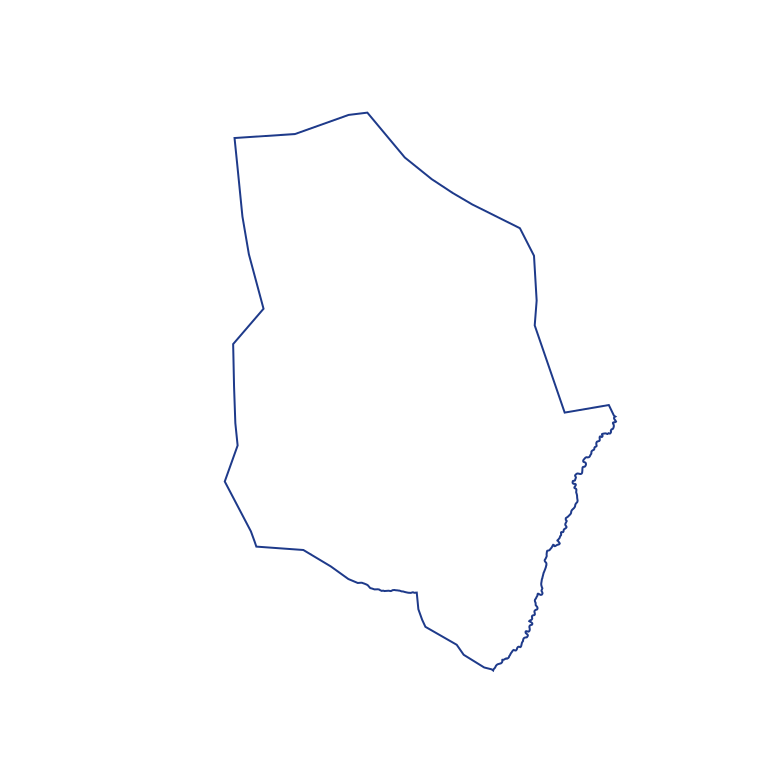 Batnorov, Hentiy, Mongolia (Natural Earth projection), rotated 307°
{"feature_id": "93677404B39915453177701", "entity_name": "Batnorov", "entity_type": "district", "adm_level": 2, "iso_a3": "MNG", "parent_name": "Mongolia", "parent_adm1": "Hentiy", "projection": "natural_earth1", "projection_center": [111.332, 47.986], "detail": "fine", "context": "isolated", "style": "outline", "palette": "blue", "viewbox_px": 768, "rotation_deg": 307, "n_neighbors": 0, "source": "geoboundaries", "source_scale": "gbopen_adm2", "svg_char_len": 6142}
<svg xmlns="http://www.w3.org/2000/svg" viewBox="0 0 768 768"><g transform="rotate(307 384 384)"><path d="M577.9,324.0L576.3,298.8L577.4,264.3L590.7,207.4L577.6,193.8L530.1,162.5L490.5,116.6L470.1,135.5L432.6,170.1L406.3,198.0L371.6,242.5L325.1,239.5L291.7,265.8L263.3,288.8L246.8,304.1L210.3,315.5L186.2,366.4L180.3,375.5L177.3,379.9L202.9,419.5L206.3,451.3L206.8,472.9L209.3,482.8L211.6,485.4L212.1,486.3L212.4,487.5L212.8,488.5L213.0,489.5L213.2,490.0L213.3,490.9L213.5,491.4L213.5,492.4L213.3,493.1L213.1,494.2L212.8,495.4L212.8,496.0L213.1,496.7L213.4,497.4L214.0,499.3L214.3,500.1L216.1,502.3L216.7,503.3L217.0,504.0L217.0,505.0L217.2,505.8L217.4,506.7L218.0,507.2L218.5,507.8L218.7,508.2L218.8,508.8L221.6,512.0L222.7,514.0L223.2,514.4L224.4,514.9L224.7,515.1L225.2,515.7L225.7,516.2L226.3,517.4L227.3,519.0L227.6,519.5L227.9,520.2L228.3,520.7L228.6,521.6L228.8,522.3L229.0,522.9L229.8,524.1L230.5,526.0L231.0,527.1L231.6,528.4L232.2,529.5L232.9,530.5L233.3,531.1L234.8,532.2L235.1,532.5L235.5,533.8L235.9,534.4L236.6,535.0L236.9,535.5L237.1,535.7L224.8,547.0L218.7,556.3L215.0,563.2L219.5,599.0L215.7,610.6L217.9,634.6L220.9,641.7L220.9,643.6L221.7,643.3L222.3,643.2L223.7,643.4L225.0,643.3L225.8,643.1L226.5,643.0L227.5,643.1L228.2,643.3L228.8,643.6L231.3,645.5L232.2,645.7L232.8,645.7L233.3,645.6L233.8,645.4L234.8,644.5L235.0,644.5L235.3,645.1L235.9,645.6L238.0,646.5L238.4,646.8L238.3,647.1L238.7,647.6L239.9,648.1L240.8,648.2L242.1,647.8L242.9,647.8L243.9,647.7L245.0,647.4L246.9,647.4L248.5,647.3L249.1,647.4L249.7,647.7L249.9,648.6L250.3,649.4L250.6,649.7L251.4,649.8L252.2,649.7L253.2,649.3L253.9,649.2L254.7,649.3L255.2,649.6L255.5,650.1L255.7,650.7L255.9,651.2L256.2,651.3L256.6,651.4L257.4,651.2L260.3,649.9L260.8,649.8L262.5,649.7L262.9,649.3L263.7,649.0L264.5,648.7L265.3,648.7L266.0,649.0L266.6,649.4L267.4,650.3L267.7,650.5L268.7,650.5L269.4,650.4L269.9,650.1L270.2,649.6L270.3,649.0L270.4,647.2L270.6,646.8L270.9,646.5L271.3,646.2L271.6,646.1L272.0,646.2L272.3,646.5L272.9,647.9L273.2,648.4L273.5,648.6L274.2,648.7L274.8,648.6L275.6,648.2L276.8,647.1L277.4,646.3L278.3,645.9L278.8,645.9L279.4,646.0L280.8,647.0L281.6,646.9L282.1,646.4L282.2,646.0L282.3,645.0L282.2,643.9L282.0,643.3L282.0,642.8L282.0,642.7L282.6,642.7L284.1,643.5L284.7,643.7L285.4,643.7L285.9,643.5L286.5,642.9L287.1,642.2L287.5,642.0L287.9,641.9L288.2,641.9L289.0,642.3L289.9,643.1L290.3,643.2L290.8,643.1L291.3,642.7L292.0,642.0L292.5,641.3L293.1,640.9L293.7,640.8L294.3,640.9L295.1,641.2L295.7,641.7L296.1,641.9L296.5,641.9L297.1,641.7L297.6,641.3L298.1,640.6L298.7,638.2L299.6,637.5L300.6,636.6L301.0,635.7L301.7,634.9L302.2,634.6L302.7,634.4L304.2,634.4L305.3,634.1L307.2,633.9L307.6,633.8L308.4,633.2L308.8,633.1L309.1,633.1L309.4,633.5L309.6,634.8L309.8,635.9L310.2,636.4L310.8,636.8L311.5,636.8L312.3,636.5L312.8,635.9L313.5,634.4L313.8,634.1L314.1,634.0L315.6,633.6L316.2,633.4L316.7,632.4L318.0,630.7L318.9,629.9L319.9,629.3L320.7,628.9L322.5,627.9L323.3,627.5L324.0,627.4L325.0,626.9L327.2,626.0L329.3,625.1L330.3,624.9L333.2,624.1L335.1,623.5L336.6,622.8L337.1,622.7L338.4,621.7L338.8,621.1L339.1,619.6L339.3,619.1L339.8,618.5L340.2,618.3L341.6,618.2L343.5,617.8L344.5,617.5L345.9,616.3L348.0,615.1L348.7,614.8L349.1,614.8L349.4,615.0L349.8,615.4L350.4,615.9L351.2,616.2L352.4,616.2L353.9,616.3L355.2,616.2L356.1,616.0L357.0,615.9L357.4,615.9L357.5,616.1L357.6,616.5L357.5,617.0L357.1,617.5L357.2,617.9L357.5,618.2L357.9,618.4L359.0,618.8L359.9,619.2L361.1,620.2L361.8,620.4L362.4,620.3L362.7,619.8L363.2,617.9L363.4,617.6L363.4,617.3L363.4,617.0L363.3,616.8L363.3,616.7L363.5,616.6L364.4,616.8L366.7,616.9L367.3,616.7L368.4,616.3L369.7,616.4L370.2,616.2L371.8,614.8L372.2,614.8L372.5,614.8L372.9,615.5L373.2,615.9L373.5,616.1L374.2,616.1L375.5,615.4L376.0,615.3L376.6,615.3L377.8,615.8L378.7,616.0L379.3,616.0L379.6,615.8L379.9,615.5L380.4,613.9L380.7,613.5L381.2,613.1L381.8,612.9L383.5,612.6L384.5,612.4L384.7,612.1L384.8,611.4L384.9,611.0L385.4,610.5L386.2,610.0L386.6,610.0L388.5,610.7L391.3,611.1L392.6,611.2L393.6,611.0L395.0,610.2L396.0,610.0L396.9,610.0L399.1,610.4L400.4,610.4L401.3,610.2L402.6,609.5L403.3,609.3L404.3,609.2L405.0,609.3L405.9,609.4L406.6,609.2L407.5,608.7L409.2,606.9L411.1,605.3L411.9,604.4L413.2,602.6L414.4,601.9L415.3,601.3L415.6,601.0L415.8,600.6L415.8,599.8L415.6,599.1L415.6,598.7L415.8,598.4L416.2,598.2L418.1,598.1L418.7,598.0L419.1,597.7L419.3,597.3L419.2,596.7L418.4,595.5L418.3,594.9L418.4,594.4L418.8,593.9L419.9,593.3L420.3,593.3L421.6,594.4L421.9,594.5L422.2,594.4L422.8,594.2L424.1,593.8L424.9,593.5L425.1,593.2L425.6,592.0L425.9,591.7L426.3,591.6L426.7,591.6L427.4,591.7L428.2,591.9L428.9,592.3L429.5,593.3L430.2,594.9L430.7,595.4L431.3,595.7L431.9,595.7L432.4,595.6L434.1,594.6L435.2,593.8L436.7,592.9L437.2,592.8L437.7,593.0L438.7,594.0L439.4,594.2L441.0,593.9L441.8,593.3L442.2,592.8L442.4,592.2L442.3,591.4L442.0,590.6L441.9,590.1L442.1,589.7L442.5,589.3L443.0,589.1L443.7,589.0L446.3,589.2L446.8,589.4L447.5,589.9L447.9,590.8L448.3,591.2L448.9,591.7L449.7,591.9L450.5,591.8L451.3,591.6L453.1,591.5L454.8,590.4L455.4,590.3L456.5,590.5L457.4,591.0L457.9,591.2L458.3,591.2L459.8,590.4L460.2,590.4L460.6,590.4L461.0,590.7L461.5,590.9L462.2,591.1L462.6,591.0L462.9,590.7L463.6,589.9L464.6,589.1L465.3,588.9L466.0,588.8L466.6,589.1L467.9,590.1L468.4,590.2L469.0,590.1L471.3,588.2L471.7,588.1L472.1,588.1L472.4,588.4L472.7,589.8L473.1,590.0L473.6,590.0L474.1,589.8L474.4,589.4L474.8,588.5L475.1,588.3L475.3,588.3L476.2,588.9L477.6,590.3L478.0,590.8L478.2,591.3L478.4,592.3L478.6,592.6L479.8,592.9L480.2,594.0L480.7,594.4L481.3,594.4L482.0,594.3L482.6,594.0L482.9,593.5L483.3,593.2L483.9,593.1L484.6,593.0L484.9,593.1L485.2,593.5L485.5,593.7L486.6,593.7L487.4,593.5L488.7,592.9L489.4,592.3L489.8,591.7L490.2,590.8L490.5,590.4L490.8,590.2L491.4,590.3L491.8,590.9L492.8,591.7L493.3,591.9L493.7,591.9L493.8,591.7L493.9,590.8L494.2,590.6L494.4,589.6L494.6,589.1L495.0,588.4L495.3,588.2L495.6,588.0L496.8,588.1L497.2,588.3L497.1,586.7L502.5,576.2L469.9,545.5L495.7,507.3L521.5,469.1L542.5,455.7L576.7,426.6L590.2,398.8L580.5,346.4L577.9,324.0Z" fill="none" stroke="#1e3a8a" stroke-width="2"/></g></svg>